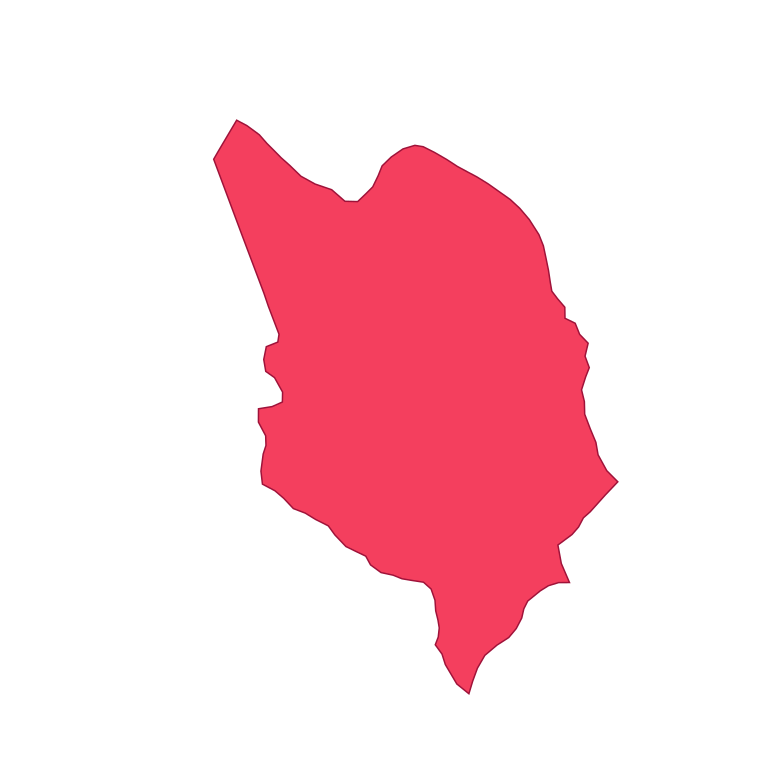 Águas Lindas de Goiás, Goiás, Brazil, rotated 300°
{"feature_id": "56859067B76807503116989", "entity_name": "Águas Lindas de Goiás", "entity_type": "district", "adm_level": 2, "iso_a3": "BRA", "parent_name": "Brazil", "parent_adm1": "Goiás", "projection": "robinson", "projection_center": [-48.29, -15.745], "detail": "fine", "context": "isolated", "style": "filled", "palette": "rose", "viewbox_px": 768, "rotation_deg": 300, "n_neighbors": 0, "source": "geoboundaries", "source_scale": "gbopen_adm2", "svg_char_len": 1635}
<svg xmlns="http://www.w3.org/2000/svg" viewBox="0 0 768 768"><g transform="rotate(300 384 384)"><path d="M538.8,124.5L502.5,124.1L493.5,124.1L442.1,186.4L402.6,234.6L393.4,245.1L374.6,268.2L367.2,271.1L357.5,263.4L345.1,267.6L335.8,275.3L334.8,286.0L326.3,300.2L317.6,305.0L308.5,298.4L299.8,287.7L288.2,294.3L280.0,307.4L271.8,312.5L262.9,314.4L247.0,321.0L236.5,328.8L237.0,342.9L234.9,354.2L230.8,367.8L232.8,380.3L232.5,392.5L233.3,406.7L228.7,417.0L224.2,432.3L225.0,444.0L225.8,454.3L220.6,462.8L219.2,475.7L223.0,487.5L224.3,496.9L228.0,506.8L232.1,517.3L230.0,527.3L222.2,536.3L213.4,542.2L206.5,548.8L200.4,553.8L192.0,557.5L183.8,558.8L179.1,569.3L171.7,577.4L160.6,597.1L158.2,612.4L170.9,609.4L184.6,607.0L199.4,607.0L214.4,612.4L226.8,618.8L238.3,620.8L250.2,620.3L259.2,617.5L267.9,617.0L282.9,622.7L291.6,627.3L299.3,634.5L304.8,643.9L317.2,627.3L331.5,615.1L347.7,622.1L357.5,624.0L367.8,623.6L376.5,626.5L398.4,631.1L416.2,635.4L420.3,620.3L429.7,604.8L439.4,596.7L448.1,585.3L458.2,572.9L469.0,566.3L477.7,558.0L490.9,555.1L500.8,553.6L508.6,544.2L521.4,540.4L524.8,528.6L532.2,519.2L531.4,507.9L540.9,502.2L544.6,491.7L548.3,482.9L555.4,477.0L564.7,469.6L574.4,461.0L583.4,452.9L590.8,443.5L599.1,427.5L604.0,413.8L606.9,401.1L608.1,388.2L609.4,374.1L609.8,360.8L609.4,349.9L609.1,338.7L609.8,325.8L609.8,311.8L609.1,299.3L606.1,291.4L597.1,282.9L584.3,276.8L572.0,273.3L561.5,274.8L549.1,275.7L540.1,273.3L528.8,270.0L522.7,258.8L526.1,241.6L522.7,224.3L522.4,208.1L526.1,193.4L528.5,181.8L531.4,171.3L533.8,162.3L537.5,151.4L539.2,136.3L538.8,124.5Z" fill="#f43f5e" stroke="#9f1239" stroke-width="1.5"/></g></svg>